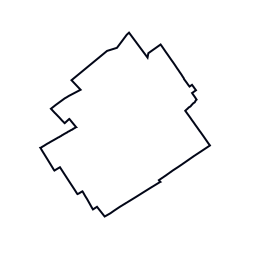 Rotunda, Olt, Romania (Mercator projection), rotated 310°
{"feature_id": "2599482B64010567081563", "entity_name": "Rotunda", "entity_type": "district", "adm_level": 2, "iso_a3": "ROU", "parent_name": "Romania", "parent_adm1": "Olt", "projection": "mercator", "projection_center": [24.304, 43.977], "detail": "fine", "context": "isolated", "style": "outline", "palette": "ink", "viewbox_px": 256, "rotation_deg": 310, "n_neighbors": 0, "source": "geoboundaries", "source_scale": "gbopen_adm2", "svg_char_len": 2799}
<svg xmlns="http://www.w3.org/2000/svg" viewBox="0 0 256 256"><g transform="rotate(310 128 128)"><path d="M167.3,202.0L167.4,201.7L167.4,201.4L167.5,201.2L167.7,200.2L167.8,199.8L167.9,199.4L168.3,198.0L169.0,195.4L169.5,193.6L170.0,191.8L170.5,189.9L171.0,188.0L171.5,186.1L171.8,184.7L172.2,183.3L172.4,182.4L172.7,181.4L173.0,180.2L173.7,177.4L174.1,176.0L174.5,174.5L175.1,172.0L175.2,171.6L175.3,171.3L175.7,169.9L176.5,166.8L177.1,164.3L177.7,162.0L177.8,161.4L178.0,160.8L178.9,160.9L180.0,161.0L180.8,161.2L181.5,161.2L182.0,161.3L182.6,161.3L183.1,161.4L183.8,161.7L184.4,161.9L184.8,162.0L185.5,162.0L186.0,161.9L186.3,162.0L187.4,162.0L188.9,162.1L189.8,162.4L190.5,162.6L191.3,162.5L191.6,162.4L192.4,162.2L193.3,162.2L193.8,162.3L194.4,160.3L194.5,160.1L195.0,158.2L195.7,155.5L195.8,155.3L195.9,155.0L196.0,154.6L199.4,155.5L199.5,155.5L200.6,155.8L201.5,152.2L201.6,151.9L202.2,149.3L199.3,148.5L199.8,146.2L199.9,145.8L200.3,144.4L200.8,142.3L201.5,139.4L201.9,138.9L202.2,138.0L202.3,137.7L202.4,137.2L203.3,134.5L204.1,131.5L204.5,130.2L205.0,128.4L205.1,127.9L205.6,126.2L206.4,123.5L207.1,121.0L207.6,119.1L207.7,118.6L208.0,117.5L210.2,109.4L210.3,108.9L210.8,107.1L212.2,102.1L212.7,100.2L212.8,99.6L212.9,99.3L206.4,97.6L203.8,96.9L198.4,95.5L194.5,97.7L199.9,75.0L201.7,67.5L198.6,67.1L198.4,67.1L191.7,67.5L182.3,68.0L173.6,62.4L128.3,54.0L126.8,67.1L114.4,62.0L112.2,61.3L110.1,60.5L99.1,57.8L93.2,56.6L93.0,58.5L92.9,59.2L92.8,59.8L92.7,60.9L92.5,62.2L92.5,62.3L92.5,63.0L92.4,63.9L92.3,64.7L92.2,66.0L92.1,66.5L92.0,67.9L91.6,70.8L91.4,72.1L91.2,73.8L91.2,74.0L91.2,74.3L91.2,74.5L91.0,75.8L91.0,76.4L96.7,77.1L97.2,77.2L97.2,77.4L95.3,87.6L95.2,87.5L94.6,87.5L93.2,87.0L92.9,86.9L92.6,86.7L92.4,86.6L92.2,86.6L91.9,86.6L91.7,86.5L91.6,86.4L91.4,86.4L91.2,86.4L90.9,86.2L90.7,86.2L90.3,86.0L89.7,85.7L89.3,85.5L88.6,85.3L88.4,85.3L87.7,85.0L87.3,84.8L87.2,84.7L86.9,84.6L86.4,84.4L86.1,84.3L85.9,84.3L85.6,84.2L85.4,84.2L84.6,83.8L83.9,83.6L83.7,83.5L83.0,83.2L82.2,82.9L80.9,82.5L80.1,82.1L79.3,82.0L77.3,81.2L77.0,81.2L75.6,80.5L74.6,80.2L72.5,79.4L71.9,79.2L68.5,77.9L67.7,77.6L66.3,77.1L66.1,77.1L64.7,76.5L63.9,76.2L61.4,75.4L60.8,75.2L60.1,75.0L58.6,74.4L58.0,74.3L57.9,74.2L57.5,74.1L56.9,73.9L56.6,73.8L56.5,73.7L55.5,76.5L52.4,85.9L49.6,94.3L48.2,98.4L48.1,99.0L51.4,100.1L54.2,101.1L51.9,108.6L50.4,113.5L48.7,119.1L46.3,127.1L44.9,131.5L44.9,131.8L46.2,132.4L50.0,133.7L50.2,133.8L49.9,134.8L48.4,138.8L47.2,142.5L43.7,151.7L43.1,153.5L47.7,154.9L45.2,167.0L46.7,167.6L51.3,169.3L55.8,170.5L62.3,172.4L69.2,174.7L74.8,176.6L80.5,178.5L88.3,181.0L97.2,183.9L107.3,187.3L107.5,187.4L107.5,187.0L107.9,185.2L116.4,187.6L124.2,189.6L130.1,191.4L133.6,192.4L149.1,196.6L158.4,199.4L164.5,201.2L167.3,202.0Z" fill="none" stroke="#020617" stroke-width="2"/></g></svg>